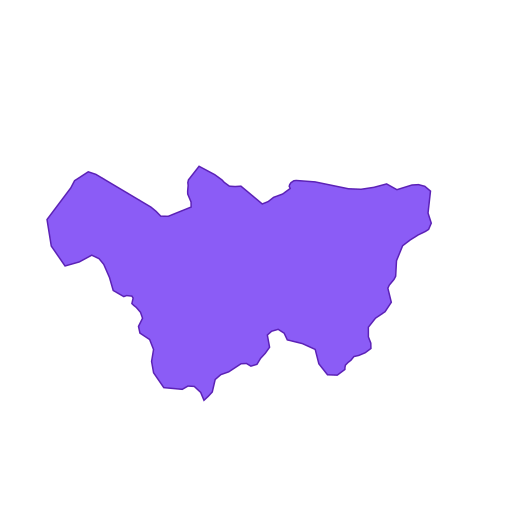 the border of Denizli, rotated 248°
{"feature_id": "TUR-2274", "entity_name": "Denizli", "entity_type": "Province", "adm_level": 1, "iso_a3": "TUR", "parent_name": "Turkey", "parent_adm1": "", "projection": "orthographic", "projection_center": [29.199, 37.681], "detail": "fine", "context": "isolated", "style": "filled", "palette": "violet", "viewbox_px": 512, "rotation_deg": 248, "n_neighbors": 0, "source": "natural_earth", "source_scale": "10m", "svg_char_len": 1643}
<svg xmlns="http://www.w3.org/2000/svg" viewBox="0 0 512 512"><g transform="rotate(248 256 256)"><path d="M141.7,153.7L150.3,153.6L158.2,149.9L160.9,144.2L160.0,137.7L168.5,121.2L186.1,117.3L197.4,119.7L207.7,126.0L218.4,126.1L228.0,119.5L234.8,120.7L240.8,127.5L247.1,127.8L253.3,125.7L255.9,124.2L258.4,123.1L263.0,126.3L265.3,125.9L267.8,121.2L267.9,118.2L277.5,110.7L290.9,112.1L305.3,111.7L312.3,109.5L318.3,104.0L316.7,89.9L318.3,75.2L341.9,69.9L368.1,75.9L388.6,109.9L393.8,116.0L396.9,132.0L391.7,138.1L340.7,176.9L334.8,180.1L328.6,182.6L325.7,189.5L325.7,214.2L330.4,216.0L339.0,215.9L341.7,216.9L346.8,219.5L349.6,220.3L351.9,221.9L360.5,236.8L346.9,248.2L339.2,253.0L336.2,254.1L330.7,257.5L328.2,262.7L326.4,268.2L301.9,281.3L301.9,287.7L303.8,294.3L303.5,303.9L305.8,313.0L307.3,313.0L308.2,312.9L309.6,314.0L310.9,315.9L311.6,319.2L311.0,321.5L302.6,338.5L283.7,366.9L278.5,378.4L275.5,391.1L273.9,404.1L264.7,411.5L263.4,427.2L261.3,433.4L257.4,438.6L250.8,442.1L231.4,431.6L220.8,430.8L216.0,426.0L215.3,422.3L214.8,414.3L213.1,404.9L210.6,395.8L199.0,384.5L184.9,377.9L182.6,375.2L179.1,368.7L176.8,366.2L162.4,364.1L156.0,354.8L153.6,343.5L147.9,333.5L138.9,329.9L132.2,329.8L127.2,327.9L125.4,321.0L125.3,314.1L126.1,309.1L123.8,305.0L122.8,301.4L121.3,298.0L119.3,296.7L117.5,295.9L115.1,286.7L119.1,277.8L132.5,273.9L147.2,275.9L157.4,266.2L166.5,253.6L173.9,253.2L179.7,249.1L180.4,242.3L178.5,236.9L166.3,234.4L162.3,228.1L159.4,221.9L155.2,216.3L155.8,210.0L159.9,206.9L161.7,201.8L158.8,187.3L159.2,179.0L156.8,171.9L146.3,164.5L143.8,159.2L141.7,153.7Z" fill="#8b5cf6" stroke="#5b21b6" stroke-width="1.5"/></g></svg>